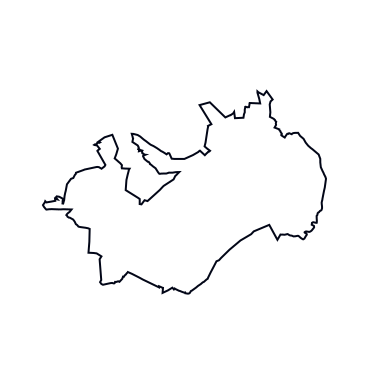 the district of Bochil, Chiapas, Mexico, rotated 299°
{"feature_id": "50627088B6808518022322", "entity_name": "Bochil", "entity_type": "district", "adm_level": 2, "iso_a3": "MEX", "parent_name": "Mexico", "parent_adm1": "Chiapas", "projection": "natural_earth1", "projection_center": [-92.951, 17.023], "detail": "fine", "context": "isolated", "style": "outline", "palette": "ink", "viewbox_px": 384, "rotation_deg": 299, "n_neighbors": 0, "source": "geoboundaries", "source_scale": "gbopen_adm2", "svg_char_len": 5943}
<svg xmlns="http://www.w3.org/2000/svg" viewBox="0 0 384 384"><g transform="rotate(299 192 192)"><path d="M100.2,235.2L101.1,237.7L101.7,238.5L102.1,238.7L102.7,239.0L103.2,239.1L104.3,239.0L104.9,239.1L105.5,239.6L110.4,241.9L112.8,242.8L115.7,244.3L118.2,245.2L119.0,245.9L122.7,247.2L123.7,247.8L124.9,247.6L130.6,247.3L135.9,247.2L143.3,247.0L145.4,248.7L148.4,249.4L159.8,252.8L173.1,257.9L183.8,264.2L187.5,265.1L200.7,275.5L191.6,289.9L197.7,290.0L198.0,290.8L198.6,291.7L198.9,292.4L199.5,293.7L201.0,295.4L201.4,295.7L201.6,296.6L201.5,297.5L201.5,298.4L201.7,299.2L202.2,300.4L202.3,301.5L202.4,302.3L203.1,303.5L205.0,305.8L205.2,306.4L205.0,307.6L204.7,308.7L204.5,309.9L204.4,311.8L204.6,312.3L205.1,312.5L205.7,312.9L206.0,312.9L208.0,312.9L210.3,313.1L210.5,313.0L210.7,312.8L210.9,312.6L211.1,311.6L211.1,310.3L211.2,310.1L211.4,310.0L211.5,310.0L212.4,310.5L212.7,310.8L212.9,311.1L213.2,311.9L213.5,312.7L213.8,313.6L214.1,314.1L214.9,314.7L215.7,315.1L216.5,315.4L218.0,315.6L218.9,315.8L219.7,315.9L220.4,315.9L221.1,315.4L221.4,315.2L221.5,314.9L221.4,312.6L223.2,311.9L224.3,312.6L224.8,314.1L225.2,315.5L225.6,316.0L227.3,315.2L229.3,313.9L231.5,312.6L232.4,312.8L233.5,312.5L234.3,312.2L235.0,312.3L235.3,312.4L235.5,312.6L235.8,312.8L237.4,313.1L238.4,313.8L239.2,314.0L240.9,313.6L242.6,312.6L244.1,311.5L245.5,310.6L247.0,310.1L248.3,309.8L249.0,309.5L257.0,306.9L260.2,306.0L268.0,303.0L268.8,302.6L269.4,301.8L269.8,301.5L271.6,298.8L272.6,297.6L273.5,296.2L276.1,292.7L276.5,292.4L280.0,289.9L283.2,288.1L283.8,287.4L286.2,284.6L287.8,276.6L288.1,274.3L288.3,273.6L288.8,271.2L290.3,267.5L292.6,263.8L293.5,259.3L295.2,256.1L294.5,255.0L294.2,254.4L293.7,253.5L292.9,252.4L292.2,251.7L291.5,251.3L290.9,251.2L290.5,248.5L290.2,248.2L289.5,248.0L289.2,247.2L288.6,247.0L287.3,246.9L287.0,246.8L284.6,246.7L284.7,244.9L284.9,242.7L285.0,242.5L285.2,242.4L285.3,242.4L285.5,242.5L285.6,242.4L286.3,242.5L286.5,242.3L286.8,241.8L286.9,241.4L287.2,240.7L287.6,240.3L288.0,239.9L288.2,239.1L288.5,238.4L288.7,238.2L289.1,238.0L288.4,233.0L291.5,233.0L292.3,232.3L292.7,232.0L294.2,231.6L294.2,231.4L294.3,231.3L294.5,230.6L294.7,230.3L295.0,229.9L295.1,229.4L295.3,229.3L295.3,229.0L295.4,228.7L295.6,228.1L295.6,227.3L295.5,223.7L297.1,223.0L299.7,221.9L306.3,217.5L309.3,216.8L312.0,217.7L316.4,208.3L311.5,207.7L311.4,201.7L311.7,200.5L310.6,201.1L308.4,203.3L305.9,205.8L302.5,208.7L297.8,199.3L297.0,199.5L296.3,199.9L293.8,200.7L293.2,199.5L292.9,199.3L292.8,198.9L292.7,198.1L292.6,197.6L292.3,197.3L292.1,197.4L289.4,198.3L287.3,199.5L285.1,199.8L281.9,201.0L277.4,193.8L282.5,190.0L280.7,189.9L277.9,188.5L277.9,188.3L273.4,185.0L279.1,164.1L271.7,156.5L260.7,176.1L257.5,173.9L257.0,174.4L254.4,175.2L241.7,179.9L238.0,180.9L237.3,184.2L236.8,187.8L235.8,187.5L234.8,186.6L234.3,186.6L233.1,186.1L230.4,185.4L232.0,178.9L230.9,178.3L230.2,178.2L229.7,177.9L224.7,174.9L217.2,169.3L212.5,160.8L211.3,158.1L214.8,153.4L214.4,152.2L212.6,151.5L212.8,149.3L212.9,146.8L212.8,145.0L213.1,142.9L213.4,139.6L213.4,138.9L213.5,136.8L213.5,135.8L213.3,133.0L213.5,131.3L214.2,126.8L214.3,125.7L214.5,124.2L215.0,121.7L215.4,119.8L215.5,116.8L214.4,112.6L213.7,111.1L211.4,113.4L210.7,113.9L210.3,114.4L210.3,114.5L206.9,115.6L206.4,121.9L206.1,122.5L205.4,123.2L205.3,123.7L204.8,124.0L203.5,124.2L203.8,125.0L201.9,125.8L202.3,126.2L202.6,126.1L203.2,126.5L203.6,126.1L204.1,128.5L203.0,128.4L202.5,129.4L201.8,129.8L201.9,131.2L201.6,131.4L201.6,132.2L202.0,133.2L200.1,131.7L199.5,131.9L197.8,134.5L197.0,138.7L197.4,139.4L196.5,141.5L196.1,141.6L196.0,141.8L196.0,143.1L195.5,145.4L195.1,148.6L192.8,152.8L192.1,154.5L192.3,155.1L193.2,156.2L195.8,160.7L197.0,161.8L197.8,162.5L198.6,164.1L199.6,165.8L200.5,166.9L201.7,168.5L203.3,171.2L200.9,170.5L199.2,170.1L197.9,169.6L194.1,169.8L183.7,164.3L182.8,164.0L178.0,162.8L162.5,157.5L161.8,154.5L156.7,153.8L156.1,152.1L160.5,149.7L160.7,148.2L161.5,133.1L170.8,128.8L171.9,128.5L176.1,127.3L179.3,126.5L180.5,126.1L182.1,126.1L180.0,122.0L179.0,119.8L178.7,119.2L179.5,118.5L181.5,117.7L182.4,115.3L182.9,112.7L183.1,112.0L183.9,108.1L188.1,107.5L194.0,106.2L203.4,94.6L197.4,89.0L190.5,85.7L190.8,86.9L190.8,87.5L190.1,87.1L189.4,85.6L189.1,85.4L188.5,85.5L188.1,85.3L187.4,85.3L187.2,85.0L186.9,84.4L186.7,84.1L186.4,83.9L185.8,83.6L185.8,83.9L186.7,86.3L185.0,90.4L182.6,89.4L182.1,89.3L173.7,103.1L172.0,103.1L168.5,101.6L168.6,98.5L168.1,97.2L167.5,96.3L159.5,87.1L158.9,86.7L152.6,81.2L151.4,81.6L150.3,81.3L148.9,81.3L146.7,81.4L144.9,79.8L138.9,79.0L138.1,78.9L131.8,81.0L129.8,81.5L126.7,82.5L124.1,83.6L123.4,83.9L122.7,84.2L121.0,84.5L120.2,84.8L119.4,84.9L119.2,84.3L120.0,84.0L121.2,83.3L123.5,82.5L123.5,78.9L123.4,77.9L123.2,77.4L122.6,75.8L121.7,75.7L121.3,75.5L120.3,77.9L119.7,75.5L118.0,76.7L115.4,73.6L112.3,69.7L112.8,68.1L111.7,68.3L108.3,68.0L107.3,69.6L106.4,71.8L106.0,73.1L106.4,73.7L107.6,75.3L109.0,77.6L112.7,84.9L112.3,85.1L112.8,85.1L114.6,87.9L118.3,95.1L115.3,94.6L113.5,93.8L112.1,93.4L110.9,93.3L110.7,94.1L110.0,95.2L110.0,95.6L109.9,96.7L110.2,97.3L110.3,97.7L110.3,98.8L110.3,101.4L109.2,103.8L108.9,104.2L107.6,106.0L107.4,107.7L106.7,109.4L106.7,109.6L107.2,111.3L109.1,116.2L109.9,118.7L110.1,120.4L98.6,126.4L88.7,130.9L91.0,135.6L92.1,138.4L91.8,144.0L88.4,143.8L71.0,155.3L68.6,155.3L67.6,157.4L67.7,158.6L67.7,159.1L72.8,164.9L73.2,165.5L73.7,166.1L74.0,167.5L74.3,168.2L74.7,168.5L76.1,168.3L76.5,169.2L77.0,169.8L77.6,170.1L78.0,170.8L78.1,171.2L78.3,171.3L78.3,172.1L82.3,173.1L83.2,172.9L83.7,172.9L84.5,172.7L84.8,173.5L85.4,173.5L86.1,173.6L86.7,173.7L87.9,174.2L88.6,174.2L89.5,174.4L90.3,174.7L90.9,174.7L91.3,179.2L91.6,187.9L91.6,191.4L92.6,209.4L93.6,208.9L93.8,210.9L93.9,212.4L94.1,213.1L89.5,215.2L92.7,217.5L94.2,218.6L98.8,221.2L98.0,223.4L99.2,223.6L99.1,224.3L99.3,228.4L99.6,229.6L99.8,231.5L100.1,233.4L100.3,234.1L100.8,234.7L100.2,235.2Z" fill="none" stroke="#020617" stroke-width="2"/></g></svg>